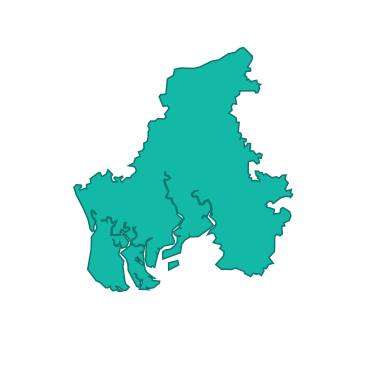 the district of Remedios, Chiriquí, Panama, rotated 53°
{"feature_id": "35544464B82986872921628", "entity_name": "Remedios", "entity_type": "district", "adm_level": 2, "iso_a3": "PAN", "parent_name": "Panama", "parent_adm1": "Chiriquí", "projection": "mercator", "projection_center": [-81.789, 8.225], "detail": "fine", "context": "isolated", "style": "filled", "palette": "teal", "viewbox_px": 384, "rotation_deg": 53, "n_neighbors": 0, "source": "geoboundaries", "source_scale": "gbopen_adm2", "svg_char_len": 6136}
<svg xmlns="http://www.w3.org/2000/svg" viewBox="0 0 384 384"><g transform="rotate(53 192 192)"><path d="M116.6,279.9L117.2,283.4L124.6,286.1L140.6,288.8L151.2,291.4L160.5,295.7L163.5,295.5L163.8,293.7L160.7,291.5L157.1,286.3L152.6,287.0L148.0,285.2L146.1,283.5L147.2,282.1L152.0,281.6L151.9,282.6L147.4,282.4L146.6,283.3L151.5,286.1L156.8,285.7L158.6,287.7L163.5,289.3L167.7,299.6L176.9,306.8L191.1,321.9L205.0,321.9L209.5,319.6L216.3,318.6L217.9,316.9L218.1,314.0L220.3,315.2L223.3,314.6L224.8,310.9L226.8,310.8L228.6,308.3L221.0,309.9L224.1,307.4L229.3,306.4L230.9,303.1L230.1,299.3L226.2,300.4L222.5,299.2L209.8,292.0L206.1,288.0L197.6,288.1L192.2,281.4L189.7,285.3L187.3,286.2L183.6,283.6L181.6,284.0L183.8,283.2L186.5,285.1L188.6,285.0L190.0,281.6L188.9,280.0L194.6,281.9L196.3,277.4L193.8,272.6L185.4,272.0L177.8,282.9L171.9,277.5L171.5,273.2L168.4,274.7L164.1,273.0L161.3,275.1L164.4,277.9L163.1,277.6L161.0,281.6L160.0,281.5L162.5,277.3L160.8,274.4L163.8,272.2L168.8,274.2L170.1,271.3L168.8,270.7L169.6,269.3L172.4,273.6L172.6,277.4L178.4,281.5L182.6,274.7L180.0,272.8L179.3,270.6L183.6,269.5L184.3,265.4L183.8,264.3L181.6,264.4L181.0,267.3L179.2,268.0L175.8,264.1L177.5,262.5L176.3,264.1L178.1,264.7L179.5,267.5L181.4,264.1L183.5,263.8L184.8,264.6L184.0,269.6L179.9,270.8L181.5,273.2L186.7,270.4L193.9,270.8L194.3,263.5L191.8,261.8L189.5,262.4L185.3,261.4L184.8,260.2L186.4,259.3L186.0,257.4L186.9,259.9L185.3,260.1L185.6,261.1L191.8,261.0L194.5,262.8L194.6,269.7L197.1,273.3L196.9,270.4L200.8,269.9L202.2,268.2L202.4,265.0L206.6,261.8L203.3,257.3L203.7,253.9L205.1,251.1L204.2,257.9L217.9,269.8L223.8,272.2L227.5,270.0L227.1,268.2L229.8,267.3L221.5,257.3L219.6,257.1L221.0,256.5L218.7,252.9L215.9,253.1L218.4,251.9L218.4,246.5L222.5,237.7L220.2,235.5L214.2,233.9L210.7,230.5L209.9,221.8L207.6,216.0L201.4,217.5L193.1,213.6L189.0,214.4L184.9,212.9L181.8,216.0L180.4,216.1L177.4,210.7L169.9,209.3L165.5,207.4L165.4,206.1L167.3,204.5L167.5,200.9L162.0,203.4L160.9,202.8L159.5,200.6L162.1,202.9L164.9,200.9L168.0,200.6L167.6,204.6L165.8,207.0L177.3,210.0L180.9,215.6L185.1,211.7L188.2,213.5L194.7,213.3L199.7,215.9L205.5,213.8L208.4,214.4L211.9,223.1L214.0,222.7L212.5,224.8L212.9,230.5L214.8,231.5L217.5,231.0L220.5,227.2L218.6,230.4L223.2,234.0L224.6,238.1L224.7,243.7L222.4,247.8L222.2,251.5L228.0,255.7L233.5,237.8L227.6,231.8L226.0,226.6L226.6,221.6L224.9,220.0L226.8,220.3L231.4,213.8L231.8,195.1L220.6,195.1L218.2,197.7L219.9,199.8L218.0,199.0L217.7,197.0L220.2,194.2L217.5,187.8L214.3,185.4L209.2,184.2L207.8,186.6L208.9,190.9L206.4,193.7L199.5,191.0L196.2,194.3L194.2,194.3L192.9,193.3L192.6,189.7L194.8,185.4L193.2,190.0L194.0,193.8L196.0,193.7L198.5,190.1L206.7,192.4L207.7,191.4L206.8,187.3L207.8,183.7L213.4,184.1L217.7,186.2L219.8,189.4L221.4,188.5L223.0,190.2L220.6,189.2L221.7,192.4L229.3,190.8L231.8,191.8L233.8,195.4L233.4,200.1L235.5,205.2L236.7,200.7L238.8,199.3L243.6,200.5L245.2,205.5L251.3,200.5L253.5,201.7L253.6,203.8L259.1,202.3L262.3,205.8L264.2,216.7L271.2,215.1L277.5,207.3L278.9,203.0L286.5,198.3L288.9,198.9L294.9,196.0L293.8,192.1L296.6,190.0L297.2,188.0L300.4,186.8L298.3,182.1L296.0,180.8L297.8,178.7L296.0,174.2L297.9,170.0L290.6,170.0L289.1,161.9L277.2,152.7L276.7,149.9L279.9,148.1L279.8,145.1L273.5,141.1L274.8,138.2L271.9,137.3L273.2,131.5L270.5,127.3L266.4,125.9L259.0,128.8L259.0,131.5L261.9,134.4L258.7,140.1L255.5,136.7L248.5,141.6L247.7,140.1L246.2,140.6L245.8,135.7L247.5,134.2L250.1,134.2L250.0,125.0L251.6,120.2L254.6,116.4L255.6,116.9L255.4,114.8L254.4,113.1L251.9,113.8L249.7,111.1L248.2,116.1L245.3,115.2L242.7,109.7L237.9,110.2L234.9,106.6L232.9,110.2L233.4,114.0L230.8,115.3L228.7,119.5L221.9,122.0L221.5,124.8L218.6,124.3L217.5,126.4L215.5,126.3L213.4,128.9L217.8,130.8L219.4,129.8L220.5,131.3L223.2,130.5L224.1,132.0L221.1,134.1L219.1,137.6L216.7,136.1L214.5,137.9L213.4,135.1L211.2,136.1L201.6,128.7L203.8,124.0L208.7,123.2L209.1,120.5L204.6,118.8L206.6,116.6L204.2,113.4L201.3,115.0L201.0,118.3L196.0,118.4L194.3,121.1L188.6,116.2L186.6,118.3L187.9,119.9L187.9,123.2L183.2,120.5L184.1,118.5L182.5,116.8L179.1,119.8L178.7,121.9L176.6,118.3L173.9,117.8L172.1,119.3L164.8,112.4L163.2,114.4L159.3,112.2L151.1,115.1L150.7,110.7L147.2,109.1L146.1,106.2L148.6,103.5L142.5,100.5L142.7,95.5L140.1,92.9L148.9,81.0L151.3,81.4L152.2,79.7L150.3,76.0L147.6,74.8L147.3,72.4L145.2,74.3L141.6,73.3L139.2,78.7L135.9,78.9L135.5,80.7L133.0,79.0L130.2,79.8L128.3,76.1L130.7,72.5L128.7,70.9L125.8,72.7L122.6,64.6L119.8,62.1L107.7,63.9L106.2,67.3L106.4,73.6L103.5,79.8L102.7,90.9L99.4,97.7L96.9,110.5L94.6,115.9L86.2,126.4L83.6,132.1L87.6,136.5L86.9,143.6L97.5,153.3L97.3,155.7L95.3,158.3L96.2,160.9L106.5,163.5L107.9,159.9L111.3,159.6L113.6,167.1L116.9,167.6L116.9,170.3L112.8,175.1L113.2,178.6L110.5,182.2L111.0,185.0L112.9,187.4L116.4,188.2L117.7,190.9L121.7,193.8L124.6,197.5L124.1,201.2L128.1,203.9L129.0,207.0L127.7,210.4L132.2,212.1L131.0,217.1L133.9,221.2L132.8,226.7L137.4,222.6L140.8,223.1L142.4,225.3L142.5,230.3L143.7,232.6L141.1,235.9L142.0,242.1L138.6,241.8L138.6,238.3L137.4,238.1L136.5,242.0L133.7,244.4L134.0,246.0L138.7,245.7L136.0,249.3L131.5,248.0L130.1,244.9L123.7,245.7L126.0,249.6L125.8,253.4L125.0,254.7L121.6,253.7L120.4,254.8L120.2,265.2L124.4,267.5L122.6,271.7L126.0,274.4L124.4,275.9L123.3,280.6L121.8,280.5L121.5,277.4L120.0,276.3L116.6,279.9ZM209.1,270.8L209.3,268.3L211.0,267.0L207.4,263.0L203.2,265.2L202.7,268.5L200.8,270.6L197.5,270.9L198.0,285.6L205.5,284.8L210.8,286.4L216.5,290.2L234.0,292.9L235.7,292.0L235.2,289.4L232.0,286.8L226.7,288.0L224.2,286.2L222.7,287.1L222.9,286.3L224.2,285.8L227.0,287.2L232.1,285.6L232.5,283.5L232.7,286.0L234.8,286.2L237.9,292.6L243.8,285.5L241.1,286.3L240.5,285.5L243.2,284.3L245.3,280.3L245.1,272.8L243.8,271.5L238.8,276.9L236.7,275.6L233.2,277.7L235.6,274.7L230.2,276.3L225.9,276.2L222.7,274.6L211.4,278.7L215.8,276.0L213.8,275.3L210.9,276.4L211.1,274.6L221.3,273.9L211.6,268.0L210.0,268.4L209.1,270.8ZM240.3,257.6L242.2,246.5L238.2,244.7L234.5,253.3L240.3,257.6ZM236.8,274.3L238.3,274.3L238.6,273.8L236.8,274.3ZM216.1,274.5L216.7,274.8L216.9,274.5L216.1,274.5Z" fill="#14b8a6" stroke="#0f766e" stroke-width="1.5"/></g></svg>